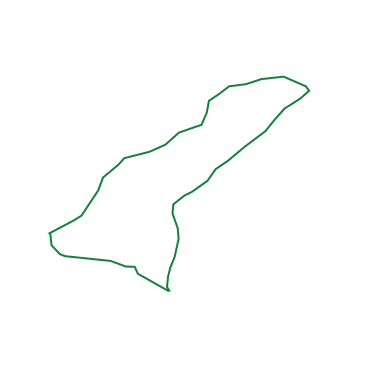 Suhag-2, Suhaj, Egypt (Mercator projection), rotated 64°
{"feature_id": "37247803B53988405424911", "entity_name": "Suhag-2", "entity_type": "district", "adm_level": 2, "iso_a3": "EGY", "parent_name": "Egypt", "parent_adm1": "Suhaj", "projection": "mercator", "projection_center": [31.705, 26.543], "detail": "fine", "context": "isolated", "style": "outline", "palette": "green", "viewbox_px": 384, "rotation_deg": 64, "n_neighbors": 0, "source": "geoboundaries", "source_scale": "gbopen_adm2", "svg_char_len": 885}
<svg xmlns="http://www.w3.org/2000/svg" viewBox="0 0 384 384"><g transform="rotate(64 192 192)"><path d="M166.6,337.8L166.7,337.7L166.9,337.5L178.4,341.6L190.1,337.9L194.1,334.1L218.2,295.5L230.0,284.1L234.1,276.3L241.8,276.5L268.1,258.3L270.3,256.8L270.6,256.1L270.7,255.7L266.4,256.1L264.3,254.8L257.4,250.5L250.5,244.7L242.7,236.0L228.1,224.5L218.2,220.7L202.7,218.9L195.3,214.4L195.1,214.2L194.9,214.1L191.9,200.5L191.8,191.7L188.7,173.2L181.8,160.6L181.0,155.0L179.7,146.0L174.6,125.6L169.5,99.4L163.6,86.8L157.6,72.3L155.5,53.8L152.4,42.4L147.0,43.3L128.5,59.1L126.2,65.5L121.3,79.2L121.1,79.9L120.9,80.6L118.7,96.4L113.3,112.3L115.8,124.9L117.5,136.8L127.0,143.8L135.8,154.0L134.9,160.8L132.9,177.8L137.8,195.2L137.2,212.6L131.9,238.0L132.8,240.2L135.1,245.9L140.0,265.6L149.6,275.8L164.8,301.7L165.7,310.4L166.6,337.8Z" fill="none" stroke="#15803d" stroke-width="2"/></g></svg>